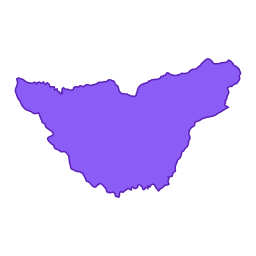 Santa Rosa do Tocantins, Tocantins, Brazil (Albers equal-area conic projection)
{"feature_id": "56859067B11152790911954", "entity_name": "Santa Rosa do Tocantins", "entity_type": "district", "adm_level": 2, "iso_a3": "BRA", "parent_name": "Brazil", "parent_adm1": "Tocantins", "projection": "albers", "projection_center": [-48.09, -11.411], "detail": "fine", "context": "isolated", "style": "filled", "palette": "violet", "viewbox_px": 256, "rotation_deg": 0, "n_neighbors": 0, "source": "geoboundaries", "source_scale": "gbopen_adm2", "svg_char_len": 5621}
<svg xmlns="http://www.w3.org/2000/svg" viewBox="0 0 256 256"><path d="M15.4,91.3L17.5,97.3L18.5,99.2L19.9,101.0L20.6,102.4L21.5,104.6L22.1,105.7L23.5,107.4L25.6,109.4L27.5,110.3L30.3,111.3L31.3,111.7L32.7,112.8L34.6,113.7L36.1,113.5L37.6,113.1L38.7,113.0L39.7,115.7L40.2,116.8L40.9,118.9L41.4,119.7L42.2,122.3L44.5,123.8L45.2,124.6L45.4,125.9L46.0,127.2L48.7,129.4L50.8,130.7L51.8,131.5L52.9,132.7L53.5,134.0L52.5,135.3L51.6,135.8L48.6,137.2L47.6,138.3L47.9,139.8L48.7,141.1L49.5,141.7L51.4,143.8L54.1,145.4L54.0,146.9L55.0,148.4L56.3,149.2L57.5,149.6L58.5,150.0L59.6,150.8L61.3,151.9L63.9,151.6L65.0,151.8L66.3,152.8L67.3,154.0L68.3,155.3L69.0,156.3L68.9,157.9L69.3,160.4L69.4,161.9L69.8,163.5L70.5,166.3L70.8,167.8L71.3,168.8L72.2,169.4L73.8,170.0L75.8,171.1L78.0,171.6L79.8,171.8L80.9,172.4L82.2,173.1L82.9,173.8L83.3,174.7L84.2,176.0L85.0,177.7L85.5,178.8L86.4,181.0L87.4,181.5L88.9,182.2L90.1,183.1L90.6,183.9L91.7,185.1L92.4,185.8L93.1,186.4L94.4,187.1L95.8,187.0L96.9,185.4L98.3,184.8L99.7,183.5L101.4,183.9L102.7,185.0L103.6,186.0L104.7,187.4L106.0,188.7L106.6,191.4L108.0,192.5L109.3,192.4L110.3,192.9L111.3,192.4L112.3,192.3L113.3,192.2L114.2,192.9L115.0,193.7L115.2,195.5L116.0,196.5L117.2,196.8L118.9,197.1L119.5,195.8L119.3,194.3L119.7,192.9L120.5,191.6L121.9,192.0L123.0,192.3L123.8,191.6L124.9,190.7L126.2,189.9L127.3,189.0L128.3,188.4L129.2,189.1L130.3,189.7L131.4,189.8L131.4,187.9L132.4,187.0L133.4,187.9L134.3,188.4L135.3,188.6L136.6,188.0L137.7,187.2L137.7,186.1L138.1,185.0L139.2,184.7L140.2,185.2L141.2,186.2L142.3,187.0L142.4,188.0L142.9,188.9L143.5,189.7L144.5,189.4L145.0,188.2L145.8,187.5L147.2,187.7L147.8,188.5L148.2,187.3L148.1,186.0L149.2,186.7L150.2,186.9L150.5,185.6L151.9,184.3L153.4,184.3L154.4,185.0L155.1,186.1L155.7,187.3L156.6,188.6L157.6,189.5L158.2,190.8L159.4,190.5L159.7,189.3L161.3,188.3L162.5,187.7L163.2,186.7L164.2,186.3L165.0,185.0L166.3,185.1L167.8,184.9L168.9,184.2L168.6,183.0L168.1,181.9L168.2,180.6L168.7,179.5L168.9,178.2L168.2,177.2L169.4,176.9L170.6,176.7L172.1,176.2L172.4,174.9L172.8,173.9L173.1,172.8L173.9,172.1L174.9,171.6L175.5,170.9L175.1,170.0L175.3,168.4L175.2,166.7L175.8,165.2L176.0,164.0L176.6,163.2L177.1,162.0L177.3,160.7L178.0,159.6L179.2,158.7L180.1,157.7L180.7,156.8L180.9,155.7L181.2,154.8L181.6,153.7L181.7,152.7L182.4,151.3L183.6,151.0L184.1,150.1L184.7,149.1L185.5,148.2L186.8,147.1L187.6,145.7L188.1,144.8L188.4,143.6L188.6,142.0L188.6,140.8L189.5,139.6L190.0,138.2L189.9,137.0L189.5,135.8L188.9,134.5L188.8,133.5L189.0,132.5L189.4,130.9L189.7,129.7L190.4,128.8L191.3,127.7L192.4,126.9L193.5,126.4L194.4,125.6L194.7,124.3L194.8,122.8L195.6,121.9L197.1,121.4L198.4,121.0L199.4,120.5L200.6,119.9L201.5,119.3L202.3,118.6L203.7,118.2L205.1,117.8L206.1,117.3L207.1,117.4L208.0,117.0L209.4,117.0L210.8,116.4L212.0,116.3L213.1,116.1L213.9,115.6L214.9,115.2L215.8,114.9L216.8,114.2L217.8,113.3L218.8,112.8L219.9,112.3L228.3,107.2L227.4,106.7L226.3,106.2L225.0,105.2L224.8,104.0L225.5,103.0L225.4,101.7L225.1,100.5L226.1,100.0L226.8,98.7L226.9,96.9L227.3,95.7L227.9,94.7L228.3,93.7L228.8,92.7L228.8,91.8L228.3,90.6L227.9,89.5L227.5,88.0L228.6,87.1L230.1,86.2L231.5,86.5L232.4,85.9L233.1,84.9L234.5,84.2L235.6,83.8L236.7,83.5L237.4,82.6L238.2,81.5L239.2,80.0L239.8,78.7L239.5,77.4L239.1,76.1L240.0,74.6L240.6,73.2L240.1,71.7L239.5,70.6L239.3,69.4L238.5,68.5L237.4,67.8L236.8,66.7L235.3,66.3L234.2,65.4L233.0,64.8L233.0,63.5L232.2,62.8L231.5,61.9L230.8,61.2L229.8,60.7L228.6,60.1L227.9,60.8L227.2,61.8L225.8,62.4L224.5,62.4L223.2,62.7L221.7,62.6L220.6,63.0L219.6,63.8L218.6,63.5L217.3,63.7L215.7,63.8L214.7,63.8L213.3,63.3L212.6,62.0L211.8,61.1L210.8,60.2L210.0,59.4L209.0,59.2L208.1,58.9L206.9,59.0L205.9,59.8L205.1,60.2L204.3,61.0L203.3,62.1L202.1,63.1L201.1,64.1L200.9,65.1L200.0,65.7L199.1,66.1L198.2,67.2L197.1,68.0L196.3,68.7L195.3,69.2L193.6,69.2L192.0,69.5L190.9,70.2L189.4,71.4L188.3,72.6L187.2,73.1L185.9,73.2L184.7,73.6L183.4,73.6L182.2,73.2L181.2,73.5L180.3,74.2L179.4,74.6L178.3,74.7L177.5,75.2L176.2,75.4L174.5,75.5L173.1,75.1L171.8,74.9L170.6,74.4L169.5,74.0L168.4,73.0L167.0,72.8L166.1,73.9L165.4,75.1L164.0,75.4L163.1,76.2L162.2,76.1L161.1,76.5L160.4,77.9L159.2,78.6L157.9,79.1L156.5,79.4L155.4,79.4L154.2,79.4L153.3,79.8L151.9,79.7L150.8,80.5L149.8,81.0L148.6,81.1L147.8,82.4L146.9,82.9L145.8,82.9L144.8,83.4L143.8,83.6L143.0,84.3L142.1,84.2L140.9,85.0L139.7,86.1L138.9,86.9L138.3,87.9L137.9,89.0L137.4,89.8L137.4,91.0L137.0,92.4L136.4,93.3L136.3,95.1L135.0,96.1L133.8,96.7L132.8,96.0L131.1,96.2L129.5,95.2L128.1,94.8L127.2,94.1L126.1,94.1L125.0,94.1L123.5,93.6L122.1,93.7L121.1,93.2L120.2,92.3L119.2,91.3L118.9,89.8L118.6,88.8L118.4,87.8L118.0,86.8L117.5,85.8L116.2,85.1L115.4,84.3L114.9,83.3L114.5,82.2L113.8,81.1L112.4,80.7L111.2,80.1L110.1,79.9L109.0,79.7L107.8,80.5L106.6,81.4L105.5,81.8L104.0,81.6L102.7,82.3L101.5,82.3L99.7,82.2L98.3,82.5L96.6,83.8L95.5,84.4L94.3,84.4L92.9,84.9L90.5,85.6L89.3,85.0L88.0,84.9L86.5,84.6L85.0,85.5L83.2,86.8L80.9,85.8L79.5,86.0L78.5,87.2L76.7,86.7L75.8,86.9L74.5,87.0L73.7,87.7L73.5,88.7L72.8,89.9L71.0,90.1L70.0,90.1L69.0,89.8L68.1,89.3L64.8,89.1L63.6,87.7L62.4,88.5L62.0,89.5L62.1,90.8L61.5,92.2L62.5,92.5L62.0,93.6L61.2,94.2L59.7,93.1L59.2,91.9L57.4,90.8L57.0,88.9L54.8,89.8L54.6,88.4L54.2,86.8L52.3,86.8L50.7,87.2L49.9,86.3L49.3,84.9L48.7,83.8L47.2,82.7L46.2,83.8L45.4,84.3L44.3,83.2L43.6,82.0L41.2,83.3L39.3,82.1L37.9,82.5L36.7,84.0L36.0,82.9L34.6,82.2L32.1,83.4L30.2,83.0L28.7,82.6L27.2,82.5L24.4,80.6L23.1,79.5L21.3,79.0L19.9,78.6L18.8,77.9L16.7,78.9L16.9,79.9L17.5,81.6L17.5,82.7L17.4,83.8L16.8,85.8L16.2,87.1L15.5,89.5L15.4,91.3Z" fill="#8b5cf6" stroke="#5b21b6" stroke-width="1.5"/></svg>